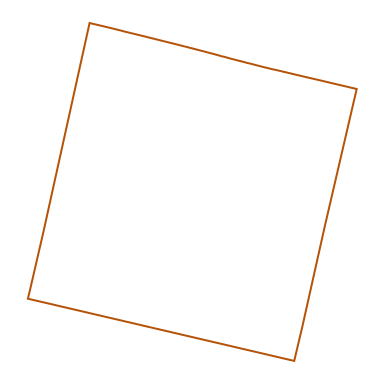 outline of Green, Wisconsin, United States of America, rotated 193°
{"feature_id": "52423323B77847893272350", "entity_name": "Green", "entity_type": "district", "adm_level": 2, "iso_a3": "USA", "parent_name": "United States of America", "parent_adm1": "Wisconsin", "projection": "mercator", "projection_center": [-89.585, 42.679], "detail": "fine", "context": "isolated", "style": "outline", "palette": "amber", "viewbox_px": 384, "rotation_deg": 193, "n_neighbors": 0, "source": "geoboundaries", "source_scale": "gbopen_adm2", "svg_char_len": 585}
<svg xmlns="http://www.w3.org/2000/svg" viewBox="0 0 384 384"><g transform="rotate(193 192 192)"><path d="M329.8,333.6L327.8,119.7L327.8,60.2L327.9,51.1L54.4,50.4L54.2,85.1L54.9,188.8L54.7,329.4L75.5,329.5L76.8,329.5L80.2,329.5L88.1,329.6L94.3,329.6L110.2,329.6L138.7,329.8L140.7,329.7L153.8,329.9L163.9,330.2L167.5,330.2L185.4,330.7L191.2,331.0L192.4,330.9L193.2,330.9L196.3,331.1L214.0,331.7L238.4,332.3L255.5,332.6L255.8,332.6L260.7,332.7L295.2,333.2L295.9,333.2L296.7,333.3L297.6,333.3L309.0,333.5L329.6,333.6L329.8,333.6Z" fill="none" stroke="#b45309" stroke-width="2"/></g></svg>